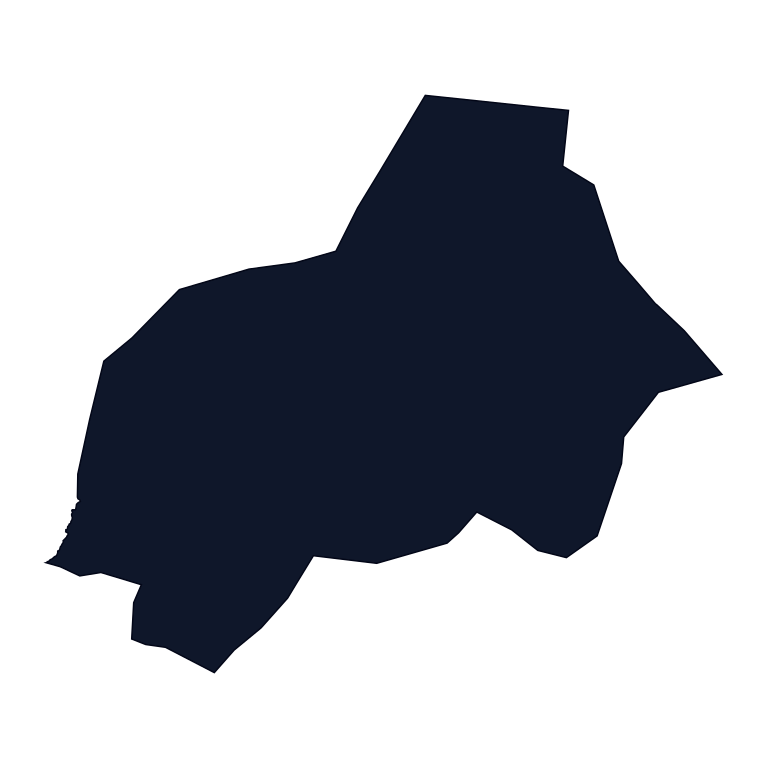 outline of Batcengel, Arhangay, Mongolia
{"feature_id": "93677404B51676367507043", "entity_name": "Batcengel", "entity_type": "district", "adm_level": 2, "iso_a3": "MNG", "parent_name": "Mongolia", "parent_adm1": "Arhangay", "projection": "equal_earth", "projection_center": [101.548, 47.88], "detail": "fine", "context": "isolated", "style": "filled", "palette": "ink", "viewbox_px": 768, "rotation_deg": 0, "n_neighbors": 0, "source": "geoboundaries", "source_scale": "gbopen_adm2", "svg_char_len": 1820}
<svg xmlns="http://www.w3.org/2000/svg" viewBox="0 0 768 768"><path d="M568.5,110.4L535.2,107.0L425.3,95.4L381.4,168.8L381.3,169.0L357.9,207.4L357.8,207.5L335.9,251.2L295.0,262.9L249.0,269.1L179.4,289.6L132.0,337.9L103.9,361.1L103.8,361.4L89.8,418.9L89.7,419.3L77.8,474.1L77.4,497.1L78.0,498.8L79.7,499.8L80.0,500.4L80.4,501.3L79.8,501.8L78.2,502.6L76.5,504.3L76.2,506.5L75.7,509.3L75.1,509.8L74.4,509.8L73.6,509.9L73.2,509.7L72.4,509.8L72.0,510.0L71.9,510.3L71.8,510.9L72.1,511.2L72.6,512.8L72.2,513.3L71.9,513.7L71.6,514.2L71.7,514.9L71.7,515.9L72.3,517.0L72.1,519.4L71.6,520.4L71.4,520.8L70.9,521.6L70.9,522.3L70.6,523.0L70.4,523.5L69.2,524.1L68.7,525.6L67.7,526.6L67.5,528.4L67.2,529.1L66.7,529.7L65.9,529.7L65.8,530.3L65.9,531.1L65.7,531.8L68.0,533.1L68.1,534.6L67.1,535.9L66.5,537.3L63.1,540.7L63.2,541.4L63.4,542.0L63.2,542.6L62.8,543.0L62.7,543.3L62.5,543.5L62.3,543.8L62.1,544.1L61.9,544.6L61.7,544.9L61.6,545.1L61.5,545.6L61.2,546.0L60.9,546.2L60.7,546.5L60.3,547.0L60.2,547.5L60.1,547.9L60.1,548.2L59.9,548.6L59.8,549.2L59.7,549.5L59.5,549.8L59.1,550.3L58.8,550.9L58.3,550.9L57.9,550.9L57.7,551.5L57.7,552.9L57.3,554.0L56.7,555.3L56.1,556.0L54.9,556.5L53.8,557.3L53.1,558.0L52.1,558.9L51.2,559.3L50.3,559.7L49.8,560.1L49.6,560.3L49.0,561.0L48.4,561.6L47.3,561.6L47.1,562.4L46.1,562.7L60.2,566.7L60.4,566.8L79.8,575.9L100.8,572.5L101.0,572.5L141.4,584.7L133.7,602.6L131.7,639.0L145.7,644.5L165.5,647.3L214.3,672.6L234.1,650.1L260.9,628.0L261.3,627.6L287.6,598.1L296.7,583.0L313.4,555.7L376.7,563.3L447.1,543.1L458.6,532.8L476.8,512.0L511.8,529.9L537.8,550.4L566.4,557.6L597.1,535.9L621.5,463.6L623.7,437.3L623.7,437.0L658.4,392.3L721.9,374.4L684.4,330.9L684.0,330.5L656.9,304.9L655.4,303.8L638.5,284.0L618.7,261.2L593.8,185.0L562.7,166.1L568.5,110.4Z" fill="#0f172a" stroke="#020617" stroke-width="1.5"/></svg>